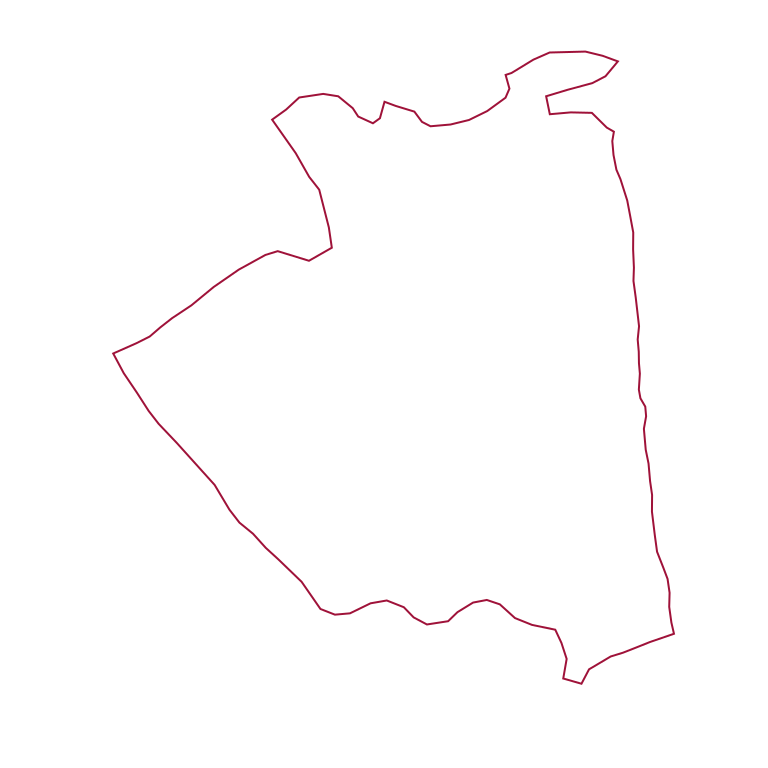 the district of Charkeia, Cyprus, rotated 175°
{"feature_id": "46923920B54371485006502", "entity_name": "Charkeia", "entity_type": "district", "adm_level": 2, "iso_a3": "CYP", "parent_name": "Cyprus", "parent_adm1": "", "projection": "equal_earth", "projection_center": [33.53, 35.309], "detail": "fine", "context": "isolated", "style": "outline", "palette": "rose", "viewbox_px": 768, "rotation_deg": 175, "n_neighbors": 0, "source": "geoboundaries", "source_scale": "gbopen_adm2", "svg_char_len": 1658}
<svg xmlns="http://www.w3.org/2000/svg" viewBox="0 0 768 768"><g transform="rotate(175 384 384)"><path d="M235.9,681.3L233.3,667.3L238.0,658.6L257.4,646.9L276.3,639.6L295.1,636.7L315.2,636.7L323.3,641.8L330.0,652.7L348.1,660.0L358.9,665.1L364.9,649.1L372.3,644.7L386.4,652.7L391.1,661.5L404.5,674.6L419.3,678.3L443.5,676.8L457.6,665.9L472.4,657.1L451.8,621.6L440.5,596.9L431.6,583.2L425.3,544.8L424.1,524.3L448.0,513.3L478.3,525.6L490.9,522.9L518.7,510.6L545.2,495.5L569.1,479.1L589.3,468.1L601.9,459.9L613.3,451.7L627.1,446.2L651.1,438.0L642.3,417.4L630.9,396.9L620.8,377.7L612.0,364.0L595.6,343.4L572.9,313.3L561.5,298.2L548.9,272.2L540.1,258.5L527.5,246.2L516.1,231.1L504.8,218.8L483.3,194.1L466.9,165.4L453.0,158.5L437.9,158.5L416.5,166.7L400.1,168.1L383.7,159.9L374.8,148.9L362.2,140.7L340.8,142.1L330.7,150.3L314.3,158.5L300.4,159.9L287.8,154.4L273.9,139.4L257.5,131.1L234.8,124.3L229.8,110.6L226.0,94.2L231.1,75.0L225.9,73.0L213.4,68.2L204.6,81.9L181.9,92.8L169.3,95.5L155.4,99.6L141.5,103.8L116.9,109.9L118.5,121.3L119.3,137.1L117.7,151.1L118.5,165.1L121.7,176.5L126.6,193.1L127.4,209.8L128.2,233.5L126.6,250.1L127.4,264.1L127.4,281.7L129.0,295.7L129.0,316.7L125.7,329.0L125.7,338.7L129.8,347.4L130.6,356.2L128.2,372.0L128.2,382.5L127.4,393.9L127.4,406.2L124.9,419.3L125.7,448.3L126.5,464.9L124.9,478.1L124.1,496.5L122.5,513.2L124.1,529.8L125.7,545.6L130.6,567.5L133.8,577.2L135.4,592.1L135.4,606.1L133.0,615.3L139.7,620.0L153.3,636.0L174.3,638.3L195.3,638.3L197.4,656.5L175.4,661.1L150.2,665.6L136.5,671.3L122.9,685.0L137.6,691.9L154.4,697.6L190.1,699.8L206.9,694.1L229.9,682.7L235.9,681.3Z" fill="none" stroke="#9f1239" stroke-width="2"/></g></svg>